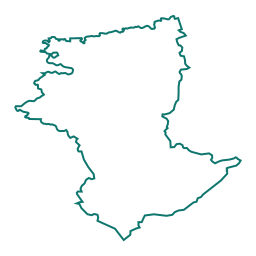 an SVG outline of Qostanay
{"feature_id": "KAZ-3196", "entity_name": "Qostanay", "entity_type": "Region", "adm_level": 1, "iso_a3": "KAZ", "parent_name": "Kazakhstan", "parent_adm1": "", "projection": "equal_earth", "projection_center": [62.901, 51.427], "detail": "fine", "context": "isolated", "style": "outline", "palette": "teal", "viewbox_px": 256, "rotation_deg": 0, "n_neighbors": 0, "source": "natural_earth", "source_scale": "10m", "svg_char_len": 5482}
<svg xmlns="http://www.w3.org/2000/svg" viewBox="0 0 256 256"><path d="M175.0,18.9L178.1,18.1L181.8,29.2L178.8,30.3L180.4,31.9L183.6,33.0L185.8,35.6L179.4,37.8L176.5,39.2L177.2,42.1L178.7,45.3L180.4,45.5L182.3,47.5L181.9,50.9L179.5,52.9L180.6,55.7L184.0,56.3L185.0,60.2L185.2,63.7L186.8,65.8L189.3,67.6L186.9,69.0L181.0,69.6L179.6,71.9L180.0,73.2L180.9,74.0L181.7,75.6L181.7,77.1L181.4,79.7L179.4,81.4L178.6,86.7L178.6,92.4L178.3,99.9L176.2,101.9L174.8,105.1L173.8,109.6L169.7,113.1L164.5,114.5L162.6,114.3L162.3,116.4L166.6,118.7L168.2,121.1L167.7,124.7L167.1,126.0L166.8,127.4L167.6,128.1L166.9,128.8L165.7,129.7L164.5,131.2L165.6,132.4L165.4,134.5L170.3,141.1L170.7,147.3L174.2,147.1L176.6,144.1L179.9,143.7L182.5,145.2L183.1,147.4L184.2,148.1L186.9,148.0L188.8,150.2L191.4,151.8L201.2,154.4L209.1,153.4L212.1,155.3L212.2,158.0L211.0,159.8L212.3,161.5L215.1,163.3L218.5,161.6L222.2,160.4L229.3,159.6L233.7,158.5L235.7,157.3L236.6,157.7L237.8,159.0L240.6,160.5L239.0,163.3L236.3,165.6L228.4,167.6L226.8,168.2L226.8,169.5L227.2,170.2L226.7,171.0L227.2,172.0L227.1,173.8L220.8,180.6L203.3,194.3L200.9,197.1L197.8,198.2L196.5,201.7L193.4,202.5L183.9,209.8L178.5,210.5L174.8,212.1L172.3,214.8L166.5,215.8L154.0,214.3L144.8,215.5L141.7,222.1L138.4,222.2L138.6,223.2L138.4,225.1L139.6,227.5L136.4,228.4L130.5,231.1L130.3,234.8L123.7,240.0L115.0,228.7L97.5,220.8L98.2,217.4L97.5,214.8L94.1,214.0L91.6,215.2L87.4,214.2L81.4,208.1L79.4,204.0L76.8,203.4L79.7,202.2L82.5,201.9L77.2,194.3L76.8,192.7L78.0,191.5L81.6,191.6L80.5,188.8L81.8,185.8L84.5,183.5L86.0,179.9L88.8,178.0L91.7,179.2L94.3,178.4L93.6,174.0L88.3,167.1L83.9,159.6L81.5,151.4L78.9,151.5L78.0,150.7L77.7,148.6L79.6,145.3L76.0,142.0L76.5,139.8L77.5,138.8L73.7,136.4L70.3,137.9L68.4,135.7L67.7,133.8L67.5,131.9L66.1,130.0L64.5,130.9L59.9,131.1L58.5,130.6L57.7,130.0L57.0,129.1L56.0,126.4L55.3,125.6L54.3,125.3L53.1,124.7L52.1,124.4L50.7,124.6L50.4,124.6L49.5,124.1L48.8,124.0L46.9,124.1L46.3,124.1L45.3,123.8L43.8,123.7L43.3,123.6L42.6,123.0L41.7,122.5L41.4,122.2L41.0,121.5L40.8,120.8L40.7,119.7L40.9,119.2L29.4,119.0L29.2,118.9L29.0,118.7L28.9,118.0L28.6,117.9L25.7,117.5L25.2,117.2L25.2,116.5L25.6,116.0L26.9,115.5L27.4,115.2L27.5,115.0L27.5,114.4L27.7,114.1L28.5,113.6L28.6,113.3L27.8,112.6L23.1,111.7L20.3,110.0L19.4,109.8L19.1,110.1L18.9,110.6L18.2,110.9L17.3,110.8L16.8,110.4L15.6,108.1L15.4,107.6L15.4,107.0L15.9,106.2L21.2,106.2L25.2,102.9L27.3,101.6L29.5,100.8L31.0,100.9L32.5,101.1L34.0,101.1L35.3,100.2L36.4,98.9L36.9,98.5L39.5,97.6L40.1,97.3L41.4,96.2L41.9,95.8L43.1,95.3L43.9,94.6L41.9,92.4L41.7,91.8L41.6,90.4L41.4,89.8L41.2,89.4L40.9,89.3L38.4,88.6L38.0,88.3L37.9,87.8L38.0,86.2L38.0,85.5L37.9,85.0L37.7,84.8L35.6,84.8L35.3,84.6L35.0,83.9L34.4,83.6L34.2,83.3L34.3,82.5L34.9,81.2L36.1,80.6L37.4,80.4L38.5,79.9L39.5,78.6L40.0,78.1L44.7,74.9L42.5,73.2L44.6,73.2L45.5,73.0L47.3,71.9L48.3,71.8L49.2,72.0L50.1,72.5L50.8,72.8L51.7,72.8L52.5,72.8L53.2,72.5L54.5,71.7L55.1,71.5L55.9,71.8L58.5,73.7L59.3,74.0L60.2,73.6L60.7,73.2L61.2,73.1L62.3,73.3L65.1,73.0L66.0,73.3L67.8,74.3L68.8,74.4L70.8,73.8L71.8,73.3L72.4,72.5L72.9,70.9L73.0,70.1L72.8,69.3L72.1,68.5L71.3,68.1L65.5,67.2L63.6,66.6L62.1,65.5L61.0,64.3L60.4,64.1L57.9,65.2L57.0,65.3L56.0,65.1L53.4,63.5L52.5,63.2L49.9,63.2L48.7,63.0L47.6,62.3L47.1,61.5L46.9,60.6L47.0,59.8L47.5,59.0L48.7,57.7L49.1,56.8L49.2,55.8L49.6,55.5L50.3,55.4L51.0,55.5L51.6,55.8L52.8,57.2L53.5,57.7L54.3,57.7L55.0,57.4L56.4,56.3L57.1,55.8L58.2,55.4L57.5,53.2L57.2,52.7L56.8,52.6L53.8,52.6L53.0,52.8L51.8,54.1L50.9,54.2L47.1,53.5L46.6,53.3L46.0,52.3L44.7,52.0L41.0,51.8L40.3,51.2L40.9,50.4L43.6,51.1L44.6,50.5L44.7,49.2L44.9,48.8L45.3,48.6L46.3,48.5L46.6,48.2L46.9,47.4L48.8,45.7L48.9,45.0L48.2,44.5L46.6,43.9L46.1,43.3L45.8,43.1L45.3,43.0L43.5,43.0L43.0,42.9L42.8,42.6L42.8,42.2L42.8,41.8L43.0,41.4L43.5,41.0L44.0,40.7L45.3,40.5L46.1,40.5L47.4,40.7L48.2,41.8L48.7,42.1L49.2,42.1L49.6,41.5L49.7,40.9L49.6,40.3L48.9,39.1L48.7,38.4L50.2,38.3L50.9,38.1L51.9,37.0L52.6,36.9L54.7,37.2L55.1,37.5L55.8,38.7L56.3,38.9L58.2,39.3L58.3,40.3L58.5,40.6L59.0,40.7L59.5,40.7L59.8,40.4L60.0,39.3L62.5,39.3L63.3,39.6L63.6,39.6L64.2,39.0L64.6,39.0L65.3,39.3L65.5,39.9L65.6,40.3L65.7,40.6L66.3,40.9L67.2,41.1L70.2,41.3L70.2,38.4L81.0,38.1L81.6,38.2L81.9,38.5L81.8,39.3L80.7,39.9L80.3,40.3L80.4,40.9L80.9,41.5L82.2,42.0L83.3,43.1L83.6,43.2L84.0,43.3L84.4,43.1L84.5,42.9L84.3,41.8L84.2,41.6L84.2,41.3L84.5,40.9L85.6,40.0L85.0,39.3L84.7,38.1L85.5,37.3L86.8,36.7L87.8,36.5L90.1,36.3L91.6,35.9L92.1,36.0L93.3,36.4L94.0,36.4L96.2,36.0L98.8,36.2L99.5,35.9L99.9,35.4L99.9,34.9L99.6,34.4L99.5,33.8L99.8,33.3L100.7,33.1L102.3,33.1L105.3,33.7L106.3,33.7L107.1,33.4L108.5,32.6L109.2,32.3L111.0,32.2L115.3,30.8L116.2,30.8L117.0,31.1L119.2,32.4L120.3,32.6L120.6,32.2L121.4,31.9L122.4,31.8L123.2,31.5L123.7,30.6L122.8,29.8L122.4,29.3L122.5,29.0L123.1,28.5L123.6,28.9L123.9,29.0L124.5,29.0L125.4,28.3L125.8,28.3L127.0,28.6L127.6,28.5L128.9,28.0L129.7,27.9L130.3,27.7L130.7,27.4L131.8,27.7L134.4,27.5L134.7,27.3L135.3,26.8L136.5,27.0L137.1,26.9L138.2,26.3L140.2,27.6L141.0,28.0L142.0,28.0L143.7,27.4L145.3,26.4L147.0,25.8L148.8,26.3L150.9,28.4L151.6,28.9L152.0,29.0L152.5,28.9L153.2,28.6L154.0,28.8L155.0,27.7L154.1,24.3L154.6,23.5L154.5,22.8L154.5,22.1L154.9,21.7L158.3,20.6L159.0,20.5L160.5,20.9L161.1,20.7L161.3,20.0L160.9,18.8L161.1,18.4L161.8,18.2L164.4,18.5L168.0,19.4L168.8,19.3L169.5,18.7L170.2,17.7L171.0,16.9L171.8,16.5L173.7,16.0L174.2,16.3L174.5,18.4L175.0,18.9Z" fill="none" stroke="#0f766e" stroke-width="2"/></svg>